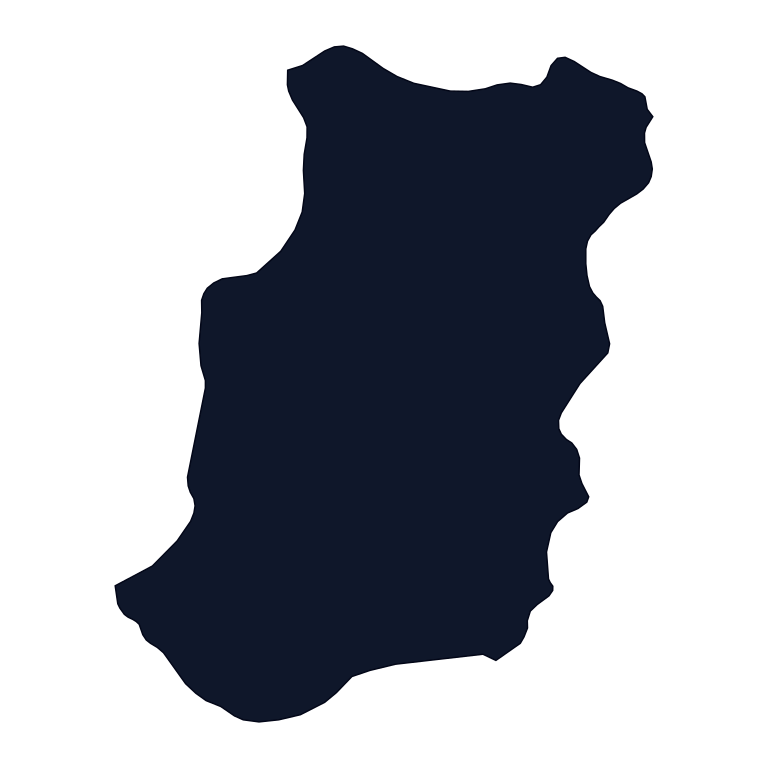 the Province of Chimborazo
{"feature_id": "ECU-1284", "entity_name": "Chimborazo", "entity_type": "Province", "adm_level": 1, "iso_a3": "ECU", "parent_name": "Ecuador", "parent_adm1": "", "projection": "albers", "projection_center": [-78.686, -1.912], "detail": "fine", "context": "isolated", "style": "filled", "palette": "ink", "viewbox_px": 768, "rotation_deg": 0, "n_neighbors": 0, "source": "natural_earth", "source_scale": "10m", "svg_char_len": 1935}
<svg xmlns="http://www.w3.org/2000/svg" viewBox="0 0 768 768"><path d="M259.0,721.9L243.2,719.8L234.5,715.9L220.8,706.5L206.1,700.6L196.0,693.4L185.6,683.7L163.5,652.7L157.3,647.4L150.5,643.3L146.3,640.0L142.8,634.7L139.2,624.3L136.2,621.5L132.8,619.4L128.2,617.2L124.4,614.4L119.9,608.1L117.8,603.8L115.2,585.8L152.4,566.0L177.1,541.0L190.6,521.4L193.9,513.1L195.1,505.8L193.9,498.6L190.3,492.2L188.2,485.9L187.5,477.2L205.4,388.1L205.4,380.5L201.0,365.7L199.1,343.5L201.8,312.7L201.6,300.3L203.9,293.6L207.3,288.2L213.7,283.0L222.3,278.8L246.9,275.6L256.6,273.0L280.8,251.2L295.0,230.0L302.2,212.0L304.7,193.5L303.4,170.4L304.2,154.3L307.0,137.8L307.1,126.8L303.6,117.6L292.5,100.1L288.7,91.1L287.4,84.8L287.7,70.2L302.6,65.5L324.7,51.0L334.3,46.9L343.6,46.1L352.5,48.8L362.4,53.4L383.1,68.4L397.0,76.5L413.8,83.3L450.3,91.1L468.4,91.4L485.3,88.8L497.1,84.9L510.2,83.1L521.2,84.5L532.7,87.2L540.6,84.7L546.9,77.1L551.1,65.6L557.5,58.3L565.1,57.3L574.2,61.5L590.9,72.4L599.8,76.5L612.4,80.2L620.6,83.5L628.0,87.8L637.0,91.1L642.0,93.8L644.9,96.8L647.2,109.3L652.8,116.7L646.1,127.3L644.5,133.0L644.6,142.6L651.2,162.0L652.3,169.0L651.2,176.6L648.6,182.7L643.2,189.0L636.8,193.9L620.4,203.3L614.2,208.5L609.1,214.4L603.7,222.2L599.0,226.7L595.3,230.9L590.9,234.9L587.5,241.1L585.8,248.9L585.8,263.7L587.0,275.5L589.5,286.6L592.8,292.9L596.2,296.9L600.1,300.7L602.7,306.3L604.7,322.7L609.6,343.8L607.8,352.9L580.0,383.5L561.3,412.9L558.5,420.3L558.8,428.7L561.3,434.2L566.4,439.5L571.8,443.0L576.7,449.4L579.5,458.1L579.0,474.9L581.9,483.5L588.7,496.8L586.8,502.1L578.0,508.5L567.5,513.0L557.6,521.6L550.8,532.7L546.5,552.0L548.5,579.0L550.2,582.6L552.8,586.2L552.7,590.4L549.0,595.8L537.1,604.6L530.3,611.1L527.3,620.7L527.5,628.0L524.0,636.9L520.3,643.3L495.9,660.4L482.9,654.2L395.4,664.2L369.9,670.4L351.9,676.5L336.4,692.6L324.7,702.3L300.4,714.7L278.7,719.8L259.0,721.9Z" fill="#0f172a" stroke="#020617" stroke-width="1.5"/></svg>